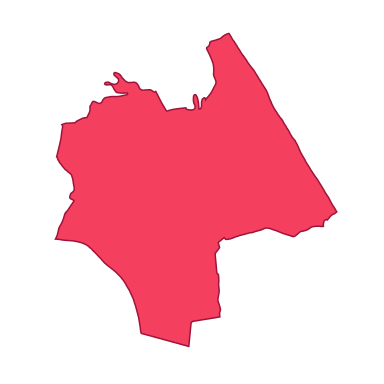 outline of Limpopo, Gaza, Mozambique, rotated 263°
{"feature_id": "85939544B55875453752427", "entity_name": "Limpopo", "entity_type": "district", "adm_level": 2, "iso_a3": "MOZ", "parent_name": "Mozambique", "parent_adm1": "Gaza", "projection": "orthographic", "projection_center": [33.462, -25.027], "detail": "fine", "context": "isolated", "style": "filled", "palette": "rose", "viewbox_px": 384, "rotation_deg": 263, "n_neighbors": 0, "source": "geoboundaries", "source_scale": "gbopen_adm2", "svg_char_len": 6026}
<svg xmlns="http://www.w3.org/2000/svg" viewBox="0 0 384 384"><g transform="rotate(263 192 192)"><path d="M154.5,333.2L154.9,333.3L155.3,332.9L157.0,332.3L160.3,330.8L160.6,330.5L163.0,329.5L163.6,329.2L170.0,326.8L174.3,324.6L180.9,321.8L184.1,320.3L189.6,317.8L192.9,315.9L194.1,315.4L194.3,315.1L195.2,314.8L195.5,314.5L196.4,314.2L200.3,312.2L201.3,311.9L208.4,308.5L209.4,308.2L209.7,308.2L215.5,305.7L219.0,304.3L219.4,304.3L222.1,303.4L223.5,303.1L227.6,301.7L228.5,301.2L230.6,300.5L232.3,299.3L234.3,298.1L238.1,296.4L238.4,296.4L241.8,295.1L243.4,294.2L243.7,293.8L244.6,293.8L248.6,291.8L252.2,290.5L252.5,290.2L253.4,289.9L253.6,289.5L254.8,288.9L255.2,288.5L257.3,287.5L257.6,287.1L259.2,286.5L261.6,285.4L261.9,285.1L265.4,283.5L268.4,282.4L270.8,281.6L271.2,281.7L273.6,280.8L274.0,280.8L275.0,280.4L281.1,279.0L283.6,278.2L285.5,277.4L291.4,274.5L293.1,273.8L293.6,273.5L294.1,273.4L295.9,272.4L298.8,271.2L302.1,269.6L305.1,268.3L310.1,265.2L313.9,263.1L315.6,262.4L318.3,261.0L321.5,259.3L321.7,258.9L322.1,258.8L322.6,258.5L324.6,257.6L325.0,257.3L326.0,257.0L327.9,256.1L330.5,254.7L331.8,254.3L333.5,253.4L334.0,253.3L334.3,253.0L336.2,252.2L338.1,251.0L343.2,248.9L344.9,248.0L344.5,245.6L343.8,243.7L342.6,241.4L341.3,239.6L340.6,237.9L340.5,236.7L339.7,233.3L339.6,231.6L339.4,231.2L339.4,230.3L338.9,228.6L338.6,228.5L338.3,228.0L336.7,227.6L335.5,226.9L334.8,226.4L334.2,225.6L333.7,224.4L333.3,224.1L332.9,224.0L331.6,224.2L329.6,225.0L328.1,225.4L325.9,226.3L325.5,226.3L320.2,227.9L319.7,227.9L316.9,228.6L314.6,228.7L312.7,228.7L307.9,228.1L307.0,227.8L304.8,227.7L300.7,228.9L298.2,229.3L295.9,228.5L294.2,227.2L289.3,223.9L286.2,221.3L286.0,220.9L285.6,220.7L285.4,220.3L284.7,219.7L284.2,219.0L283.9,218.8L283.7,218.4L283.4,218.2L282.7,217.4L281.8,216.7L283.8,216.3L284.0,216.0L284.0,215.6L283.7,214.7L282.8,213.5L280.0,212.4L276.2,211.9L275.4,211.7L273.6,210.7L273.5,210.3L273.6,209.1L280.0,209.3L283.8,209.0L285.0,208.8L287.5,207.9L288.2,207.4L288.2,206.3L287.9,206.0L287.2,205.4L286.4,205.1L283.6,204.6L281.7,204.5L279.7,204.7L277.6,205.5L276.0,205.4L274.8,205.1L274.4,204.8L273.6,203.5L273.5,203.1L273.5,201.4L274.0,198.5L274.9,196.5L276.3,196.2L276.4,188.8L276.3,183.5L276.2,182.3L275.8,179.6L275.8,178.9L275.5,178.0L275.4,177.2L275.6,176.5L283.7,172.9L296.2,168.3L295.9,167.9L295.7,167.2L295.9,166.6L298.0,163.9L298.6,162.9L298.9,159.3L299.0,155.8L299.4,154.5L300.1,153.5L301.3,152.6L304.1,151.8L306.1,150.7L307.2,149.8L308.0,148.2L308.1,144.9L308.3,143.8L308.2,143.2L308.4,142.1L308.9,141.1L310.2,139.4L313.8,136.7L316.9,135.1L317.8,134.2L318.5,133.3L319.6,131.2L320.0,130.3L319.8,129.5L319.5,129.1L318.8,128.8L317.5,129.0L313.3,132.6L312.3,132.8L311.1,132.7L310.2,132.3L308.7,130.6L308.3,129.2L308.3,128.2L308.7,126.7L309.6,124.8L311.2,122.5L311.4,121.4L311.2,119.6L310.9,119.0L310.2,118.6L309.6,118.6L309.1,119.1L308.7,120.0L308.5,124.1L307.9,125.0L306.7,126.0L303.2,127.3L300.6,128.7L299.8,129.7L298.7,134.3L298.2,139.7L297.8,140.0L297.5,140.1L297.1,140.0L296.7,139.6L296.5,139.4L296.4,138.0L296.2,135.4L295.8,132.3L295.9,128.6L296.5,124.2L296.5,122.6L296.3,118.5L296.1,117.2L295.6,116.2L294.7,115.2L292.4,113.6L291.6,112.7L291.3,111.4L291.2,110.2L292.3,108.6L293.8,106.0L294.0,104.9L293.3,104.0L292.3,103.2L289.9,101.8L289.9,101.4L288.9,101.3L288.5,101.0L286.7,100.9L285.2,100.6L283.4,99.8L278.9,96.9L278.7,96.3L278.7,93.9L278.5,92.2L276.3,86.0L274.9,84.4L275.6,75.0L274.8,71.0L273.6,71.5L272.3,71.5L267.7,70.1L260.9,68.4L254.4,66.1L243.3,61.9L243.2,62.2L242.5,62.5L240.6,62.9L240.7,63.0L237.7,64.0L233.8,66.3L229.4,69.1L229.0,70.1L227.4,71.0L225.1,73.5L223.6,74.4L222.7,74.6L220.8,75.0L218.6,75.3L214.8,75.3L211.3,75.6L208.5,75.4L207.7,74.9L207.4,74.5L207.0,74.2L206.3,73.3L205.7,72.1L205.1,71.5L203.8,70.7L201.7,70.0L200.8,70.1L200.1,70.7L198.0,73.8L196.4,73.0L196.2,72.6L194.4,71.1L194.1,70.9L193.9,70.5L193.5,70.3L192.3,69.2L191.6,68.7L191.4,68.4L190.6,67.9L187.9,65.3L187.7,64.8L187.2,64.6L187.1,64.2L186.7,64.0L186.5,63.6L186.0,63.5L185.7,63.1L180.6,60.9L178.3,59.6L175.3,57.6L174.6,57.0L172.2,55.4L170.4,54.8L170.1,54.8L169.4,54.4L169.1,54.4L165.9,53.1L163.8,52.0L163.4,51.6L162.9,51.5L161.9,50.7L161.6,52.1L161.6,52.7L161.1,54.2L161.0,55.0L160.4,56.6L160.4,57.0L159.8,58.8L159.8,59.3L159.5,60.1L159.4,61.1L159.1,62.0L158.9,63.6L157.8,68.8L157.0,70.9L157.0,71.3L155.3,75.8L154.8,76.8L154.0,78.1L153.8,78.6L152.6,80.5L150.5,82.9L149.9,83.2L149.7,83.6L149.1,83.8L148.9,84.3L147.2,85.7L145.7,86.6L145.5,87.1L145.0,87.2L144.8,87.6L144.4,87.7L144.1,88.1L138.7,92.0L137.1,93.3L135.3,94.4L134.3,95.2L133.9,95.4L132.0,96.8L129.3,99.3L124.6,104.0L121.6,106.8L116.4,110.8L113.6,112.4L113.3,112.7L112.1,113.4L107.9,115.4L107.5,115.4L101.2,118.2L100.8,118.2L99.8,118.6L99.4,118.6L98.2,119.2L97.7,119.2L92.8,120.8L92.0,120.8L91.2,121.1L88.7,121.4L87.7,121.7L85.0,122.2L74.3,123.7L70.0,123.9L65.9,124.0L65.5,124.1L59.3,124.1L57.8,124.5L39.1,170.0L62.4,175.2L63.5,176.9L64.6,204.4L68.4,204.6L71.6,205.9L73.1,205.9L77.5,205.2L79.6,204.7L81.6,204.5L83.4,204.9L87.9,206.3L90.4,206.9L91.7,207.0L96.9,207.1L100.3,207.8L104.0,208.1L106.3,208.2L107.1,208.0L108.4,206.8L128.0,207.4L133.4,212.6L138.7,211.9L142.8,218.4L141.0,219.5L140.7,220.4L140.8,224.1L141.1,225.8L142.3,230.4L142.5,232.0L143.1,234.4L143.2,235.9L143.6,238.0L143.5,238.8L143.8,239.8L144.1,242.2L144.4,243.6L144.4,247.2L145.1,250.1L145.8,255.3L146.0,256.0L146.0,256.4L146.4,257.2L146.4,257.6L147.1,260.0L147.2,260.8L147.1,262.4L145.9,265.8L145.4,266.5L143.1,271.4L142.4,272.5L141.8,273.7L139.6,277.6L138.8,279.6L138.4,280.2L136.6,284.5L136.1,285.2L135.6,286.3L135.3,287.3L135.8,289.1L137.3,291.6L137.6,291.8L138.2,292.8L138.7,293.3L139.2,294.3L139.6,295.8L139.7,298.2L139.9,298.6L139.8,299.4L140.1,300.1L140.1,300.6L141.0,303.3L142.5,305.9L142.7,306.5L142.9,309.3L142.8,311.6L142.5,314.2L141.9,316.6L141.9,318.3L143.5,318.3L146.5,319.3L147.2,319.6L147.5,319.9L148.2,321.4L148.2,322.1L147.7,322.9L150.3,325.7L150.7,326.0L151.4,326.9L152.6,328.9L153.1,330.8L154.5,333.2Z" fill="#f43f5e" stroke="#9f1239" stroke-width="1.5"/></g></svg>